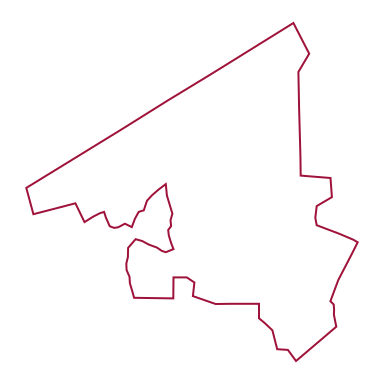 Boqueirão do Piauí, Piauí, Brazil (Natural Earth projection)
{"feature_id": "56859067B46313379568207", "entity_name": "Boqueirão do Piauí", "entity_type": "district", "adm_level": 2, "iso_a3": "BRA", "parent_name": "Brazil", "parent_adm1": "Piauí", "projection": "natural_earth1", "projection_center": [-42.125, -4.538], "detail": "fine", "context": "isolated", "style": "outline", "palette": "rose", "viewbox_px": 384, "rotation_deg": 0, "n_neighbors": 0, "source": "geoboundaries", "source_scale": "gbopen_adm2", "svg_char_len": 1101}
<svg xmlns="http://www.w3.org/2000/svg" viewBox="0 0 384 384"><path d="M167.4,100.7L122.2,129.0L26.3,187.9L33.4,214.2L75.4,203.3L84.5,222.1L93.1,216.7L99.9,213.2L104.1,211.9L105.8,217.3L109.7,226.2L114.2,227.9L118.4,227.2L124.9,223.7L131.8,227.1L134.9,218.8L138.7,211.9L143.8,210.3L147.0,200.7L152.3,195.0L158.4,189.7L165.8,184.1L166.9,195.5L172.4,213.7L170.5,220.3L171.1,226.1L168.2,230.0L168.8,235.4L171.1,243.0L173.5,249.1L165.8,252.2L161.8,250.9L157.0,247.6L148.6,244.5L142.2,241.0L135.6,239.2L128.1,247.9L127.9,257.1L126.3,263.7L126.6,270.1L129.5,276.8L129.9,283.3L132.3,291.3L134.1,297.8L173.3,298.4L173.5,277.4L186.8,277.4L194.4,282.5L192.9,296.1L215.6,304.0L230.8,303.8L259.0,303.8L259.0,318.3L264.9,323.2L272.4,330.3L277.2,349.2L287.9,349.9L296.0,361.0L336.3,326.7L335.0,320.3L333.9,314.7L334.1,309.7L333.7,304.5L330.4,301.2L338.3,280.0L351.7,254.2L357.7,242.3L353.5,239.8L339.6,233.9L316.7,225.2L315.3,217.8L316.7,206.1L331.9,197.1L330.5,178.0L300.7,175.6L300.4,155.3L299.1,108.3L298.4,71.9L309.2,53.7L293.4,23.0L210.8,74.3L167.4,100.7Z" fill="none" stroke="#9f1239" stroke-width="2"/></svg>